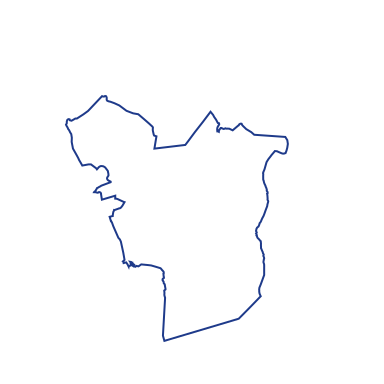 the district of Lagunillas, Michoacán, Mexico, rotated 145°
{"feature_id": "50627088B97893950433241", "entity_name": "Lagunillas", "entity_type": "district", "adm_level": 2, "iso_a3": "MEX", "parent_name": "Mexico", "parent_adm1": "Michoacán", "projection": "orthographic", "projection_center": [-101.412, 19.573], "detail": "fine", "context": "isolated", "style": "outline", "palette": "blue", "viewbox_px": 384, "rotation_deg": 145, "n_neighbors": 0, "source": "geoboundaries", "source_scale": "gbopen_adm2", "svg_char_len": 5966}
<svg xmlns="http://www.w3.org/2000/svg" viewBox="0 0 384 384"><g transform="rotate(145 192 192)"><path d="M210.7,322.1L230.7,318.0L236.5,317.9L244.1,318.2L245.4,319.1L248.0,319.3L249.8,319.5L250.9,320.8L250.6,321.8L251.5,322.6L252.7,322.6L254.0,321.7L255.2,320.1L256.6,319.4L256.9,317.5L256.9,316.3L257.3,314.7L257.2,313.3L257.4,311.9L257.6,310.8L257.7,308.7L259.3,305.4L261.1,303.0L261.8,302.1L262.8,299.9L263.9,297.4L264.6,295.9L265.4,287.9L265.8,284.5L266.1,283.4L266.4,279.7L266.7,276.6L261.0,274.0L258.9,272.5L256.9,266.4L256.9,265.1L255.6,265.4L254.1,265.8L253.0,265.8L251.7,265.5L250.7,264.7L249.9,263.9L249.5,263.1L249.0,261.8L249.0,260.5L248.9,259.4L248.9,258.1L248.9,257.4L249.4,256.4L249.8,255.4L250.5,254.1L251.0,253.4L251.5,253.2L252.1,252.9L253.0,252.6L253.5,252.2L253.9,251.7L254.1,251.0L254.1,250.1L253.8,249.2L253.1,248.0L252.9,247.5L252.7,247.2L252.8,246.8L253.1,246.7L255.3,247.3L262.7,249.2L263.9,249.2L265.0,249.4L266.9,249.5L267.4,249.7L268.0,249.4L270.7,248.2L271.9,248.2L272.3,248.0L271.9,247.7L271.5,247.4L271.1,247.1L270.5,246.4L269.8,245.6L269.1,245.3L268.3,245.3L267.8,244.9L267.6,244.6L267.3,244.1L267.3,243.8L267.3,243.5L267.3,243.2L267.4,242.9L267.7,242.5L270.2,237.4L257.0,233.0L258.7,230.6L257.8,229.9L257.0,228.9L253.7,223.2L253.1,222.4L254.4,221.8L256.8,220.7L258.4,220.2L259.1,220.0L259.7,220.0L260.1,220.0L260.6,220.1L261.0,220.4L262.0,220.6L262.3,220.7L263.8,221.1L264.2,221.2L265.9,221.7L266.1,221.9L266.4,221.5L266.8,221.4L267.9,220.8L268.8,219.9L269.4,219.3L270.2,218.4L270.5,218.1L270.7,217.8L270.9,217.9L273.7,218.9L275.1,214.7L274.9,214.6L275.1,213.8L275.0,213.2L276.1,209.1L278.6,196.7L278.3,194.5L278.5,193.5L278.7,192.2L283.1,181.7L286.2,175.1L288.1,174.8L287.9,174.5L288.3,174.3L288.8,173.0L286.3,172.1L286.3,169.7L286.7,167.2L286.5,167.4L283.3,166.8L282.5,164.5L282.3,164.2L281.4,164.1L281.3,163.3L281.2,163.2L279.9,163.3L278.5,161.8L275.1,161.8L270.2,157.6L267.6,155.3L264.7,151.7L261.8,148.0L261.5,147.6L261.4,147.0L261.3,146.0L261.3,145.4L261.3,145.1L261.2,144.6L261.1,144.4L261.1,144.0L261.1,143.7L261.0,143.1L261.1,142.8L261.6,141.8L261.7,141.7L261.8,141.6L262.0,141.6L262.3,141.5L262.4,141.3L262.5,141.1L262.6,140.8L263.2,139.9L263.5,139.3L263.7,139.0L263.8,138.7L263.8,138.4L263.9,138.2L264.1,138.1L264.3,137.9L264.4,137.7L264.5,137.7L265.3,137.7L265.7,137.7L266.1,137.4L266.1,137.2L266.3,137.0L266.5,136.9L266.6,136.7L266.8,136.4L266.8,136.0L266.7,135.9L266.7,135.7L266.7,134.9L266.9,134.5L267.1,134.1L267.4,133.6L267.5,133.4L267.5,133.2L267.4,132.8L267.3,132.5L267.3,132.0L267.5,131.7L268.6,129.3L269.4,127.6L269.6,127.4L269.8,127.3L270.2,127.3L270.5,127.3L270.8,127.3L271.2,127.2L271.4,127.1L271.7,126.4L272.3,125.4L272.7,124.8L273.5,123.8L274.0,122.9L274.7,120.8L298.2,91.0L300.0,85.9L226.4,61.4L210.5,64.3L195.5,67.2L195.3,68.3L195.1,69.3L194.9,70.1L194.4,71.2L193.9,72.1L193.3,72.9L193.0,73.5L192.2,74.4L191.5,75.1L190.8,75.5L188.8,76.8L180.5,82.6L178.2,85.9L176.1,88.9L175.3,90.0L174.8,90.8L174.4,91.4L174.2,92.0L174.0,92.7L173.8,93.4L173.2,94.2L172.9,94.5L172.4,94.9L172.3,95.1L172.0,95.4L171.8,95.5L171.5,95.9L171.2,96.0L170.9,96.3L170.5,97.2L170.3,98.5L170.0,99.0L169.6,99.2L169.3,99.4L169.1,99.8L169.0,101.1L168.5,102.3L168.2,104.0L167.9,105.3L167.7,106.1L167.7,106.4L166.9,107.5L166.1,108.8L165.0,110.3L164.3,111.6L164.0,112.1L163.9,112.3L163.9,112.5L164.0,112.7L164.1,112.8L164.1,113.0L164.1,113.3L164.3,115.4L164.5,116.1L164.6,117.0L164.5,117.5L164.3,118.1L164.2,118.3L164.1,118.6L164.1,118.8L164.1,119.1L164.2,119.4L164.1,119.6L163.9,119.7L163.6,119.7L163.5,120.1L163.3,120.8L163.3,121.1L163.2,121.1L162.6,121.6L162.3,121.6L162.2,121.7L162.1,121.8L162.1,122.0L162.1,122.7L162.0,123.1L161.7,123.6L161.4,123.8L161.1,124.0L160.8,124.4L160.4,124.8L159.8,125.1L159.3,125.4L159.0,125.5L158.6,125.5L157.7,125.6L157.3,125.6L156.7,126.0L155.7,126.6L155.1,127.1L154.6,127.6L154.1,127.8L153.6,127.8L153.2,128.0L152.0,128.6L151.0,129.3L149.8,130.0L148.9,130.5L147.4,131.2L146.0,132.1L144.7,133.0L142.2,134.8L138.5,137.3L137.4,138.5L135.1,140.4L134.8,140.9L134.7,141.4L134.6,142.3L133.8,143.3L132.4,145.6L131.7,146.9L131.5,147.5L130.9,147.5L130.7,147.7L130.5,147.9L130.4,148.3L130.1,148.7L130.1,149.0L130.1,149.4L130.1,150.0L130.0,150.3L129.5,150.8L129.4,151.0L129.0,152.1L128.7,153.2L128.6,154.1L128.3,154.8L128.1,155.7L127.9,157.2L127.8,157.5L127.6,158.3L127.0,159.8L126.7,160.4L126.7,161.0L126.5,161.4L125.6,162.7L125.2,163.3L124.0,165.0L123.7,165.4L123.4,165.7L123.2,166.1L123.0,166.7L122.4,167.1L122.3,167.3L121.0,168.1L119.6,169.0L114.3,173.3L113.8,173.7L112.7,174.2L110.3,175.2L107.9,175.9L105.5,176.7L103.1,177.3L100.6,178.0L100.2,177.6L99.4,177.0L98.9,176.5L98.3,175.4L96.7,172.8L96.2,172.1L96.0,171.8L95.6,171.4L95.1,171.0L94.7,170.7L94.2,170.6L93.5,170.4L93.1,170.2L91.0,171.6L88.7,173.5L85.9,176.4L84.2,179.8L84.0,183.6L108.2,203.2L109.1,207.0L111.5,212.4L111.9,214.5L112.3,216.5L112.5,218.0L112.4,218.8L112.2,219.4L112.6,219.9L113.3,220.2L113.7,220.3L114.1,220.2L114.6,220.3L115.5,219.8L116.0,219.9L123.3,219.2L125.2,222.5L126.9,223.8L127.7,224.3L128.1,225.0L129.0,225.2L129.8,225.4L130.2,225.9L130.7,226.6L131.0,227.0L131.0,227.4L131.4,227.8L131.8,228.0L132.6,227.7L133.9,227.2L134.5,227.3L134.9,226.6L135.5,225.9L135.9,226.7L136.5,227.1L136.1,227.8L135.7,228.5L135.2,229.2L134.7,229.7L134.0,230.4L132.6,231.0L132.3,231.3L131.1,231.6L130.7,232.1L130.5,233.0L130.9,233.3L131.2,233.6L131.2,234.1L130.8,237.5L130.8,240.1L130.8,240.9L130.5,243.0L130.8,247.1L142.8,243.2L155.3,239.4L166.1,235.8L170.5,234.4L197.9,249.1L189.2,258.0L190.0,259.1L190.6,259.9L190.5,260.8L188.9,264.7L188.1,266.0L187.1,267.1L186.9,268.1L187.9,272.7L189.5,279.2L191.4,286.5L195.1,290.2L199.1,296.1L201.9,304.6L204.6,309.2L207.1,312.8L208.3,314.1L209.1,315.4L209.0,316.5L207.8,318.1L207.4,319.6L208.1,320.5L209.3,320.6L210.4,321.5L210.7,322.1ZM283.3,166.8L284.0,167.5L282.7,169.6L282.7,170.3L282.2,169.8L282.4,169.5L281.4,168.4L281.8,168.0L281.3,166.2L283.3,166.8Z" fill="none" stroke="#1e3a8a" stroke-width="2"/></g></svg>